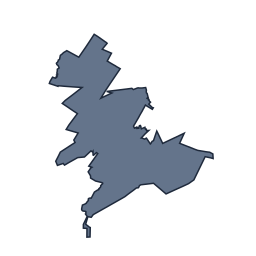 Cerritos, San Luis Potosí, Mexico (Equal Earth projection), rotated 258°
{"feature_id": "50627088B46085416470033", "entity_name": "Cerritos", "entity_type": "district", "adm_level": 2, "iso_a3": "MEX", "parent_name": "Mexico", "parent_adm1": "San Luis Potosí", "projection": "equal_earth", "projection_center": [-100.272, 22.419], "detail": "fine", "context": "isolated", "style": "filled", "palette": "slate", "viewbox_px": 256, "rotation_deg": 258, "n_neighbors": 0, "source": "geoboundaries", "source_scale": "gbopen_adm2", "svg_char_len": 4265}
<svg xmlns="http://www.w3.org/2000/svg" viewBox="0 0 256 256"><g transform="rotate(258 128 128)"><path d="M217.8,123.0L218.3,122.5L220.9,120.1L224.1,117.1L226.7,114.4L220.8,108.5L215.9,103.5L207.5,94.6L214.8,86.1L216.4,84.2L215.9,82.9L215.1,80.5L214.2,79.2L213.1,76.9L209.6,75.4L209.2,74.9L208.9,73.9L208.2,73.7L207.0,72.7L206.5,71.7L206.2,71.4L204.8,71.6L203.6,72.6L201.3,73.1L200.8,72.8L200.3,71.2L199.4,70.8L198.5,70.8L197.7,70.3L196.3,69.8L195.4,70.4L195.2,70.0L194.7,69.1L193.7,69.7L193.3,69.0L192.9,69.1L192.8,68.9L192.7,68.3L192.3,68.5L191.8,67.4L192.7,65.9L193.4,64.8L192.5,63.9L191.6,63.1L190.2,61.8L189.6,61.3L187.9,60.3L185.7,64.1L183.3,68.2L183.8,68.5L183.5,69.7L183.0,71.4L182.1,74.3L179.6,82.9L177.2,91.5L172.0,80.8L168.0,72.3L165.7,68.8L161.1,73.3L157.6,76.6L152.6,81.5L143.3,70.9L139.4,67.2L133.5,78.2L127.5,72.5L124.8,73.2L124.1,71.4L123.5,69.7L118.5,56.8L114.8,53.9L110.5,50.4L106.1,51.2L106.8,57.2L104.9,58.2L106.8,63.9L109.5,72.6L108.9,77.6L108.7,79.4L113.3,87.0L112.0,88.2L112.6,88.9L108.8,88.2L108.5,88.6L109.2,89.8L110.5,92.0L109.3,93.1L98.8,81.7L97.1,84.5L96.7,83.5L96.4,83.0L93.4,79.9L89.0,81.4L86.8,81.0L82.9,85.2L79.9,91.4L79.6,91.5L79.4,91.7L79.3,91.8L79.1,91.7L78.8,91.5L78.6,91.4L78.5,91.2L78.4,91.0L78.3,90.8L78.3,90.5L78.2,90.4L78.0,90.2L77.9,90.1L77.7,90.0L77.6,89.8L77.5,89.7L77.4,89.4L77.1,89.2L76.8,89.2L76.3,89.1L76.1,89.0L75.9,88.8L75.8,88.7L75.7,88.6L75.6,88.3L75.4,88.0L75.0,87.6L74.9,87.5L74.9,87.2L74.7,86.9L74.5,86.7L74.4,86.6L74.2,86.5L73.8,86.6L73.7,86.4L73.8,86.2L73.8,85.9L73.7,85.7L73.6,85.4L73.6,85.1L72.3,81.8L68.5,78.7L67.0,77.4L67.1,77.1L67.3,76.8L67.3,76.7L67.3,76.4L67.3,76.2L67.4,75.8L67.4,75.7L67.3,75.2L67.2,75.0L67.1,74.8L67.1,74.7L66.9,74.5L66.8,74.4L66.7,74.4L66.4,74.3L66.2,74.3L65.9,74.3L65.7,74.2L65.4,74.2L65.2,74.1L65.1,73.9L65.0,73.7L64.9,73.5L64.8,73.3L64.3,72.7L63.9,72.3L63.8,72.2L63.7,72.1L63.6,71.9L63.3,71.7L63.1,71.6L62.8,70.7L62.5,69.8L62.1,67.4L58.7,65.9L57.8,65.7L56.8,66.0L56.1,66.8L55.5,68.7L55.3,68.9L55.0,69.4L52.5,68.9L52.5,68.6L50.0,69.7L43.0,64.3L39.3,63.5L38.3,67.0L29.8,65.1L29.3,68.2L38.5,70.4L38.8,69.8L42.7,66.6L49.6,70.3L48.3,73.5L50.5,76.0L60.1,106.4L61.4,110.4L61.6,110.9L63.2,114.2L66.1,120.6L67.6,123.7L67.4,125.7L67.5,125.9L69.1,127.1L69.3,127.4L69.8,128.6L68.7,140.4L68.6,141.5L60.7,147.6L55.6,151.5L56.2,154.2L57.7,160.9L59.7,170.1L61.0,175.7L63.1,180.6L63.5,181.6L83.9,197.5L81.5,202.9L80.4,204.9L85.0,205.6L87.3,202.9L88.3,200.0L91.6,191.6L93.3,188.9L102.3,175.3L111.2,181.9L105.7,158.7L106.7,158.5L116.7,156.1L119.0,155.5L111.0,150.7L110.4,150.4L110.3,150.2L110.2,149.9L110.1,149.5L109.9,148.8L109.2,148.1L108.0,147.0L108.0,146.8L107.8,146.5L114.3,143.9L114.3,143.7L114.2,143.6L114.1,143.3L114.1,143.2L114.0,142.9L114.0,142.7L113.9,142.4L113.7,142.2L113.7,141.9L114.0,141.4L114.4,140.9L114.6,140.5L114.7,140.3L114.9,140.1L115.1,139.7L115.2,139.4L115.4,139.2L115.5,138.9L118.8,143.7L121.3,147.9L121.6,145.6L123.0,145.7L123.1,145.0L123.5,145.0L123.6,144.7L125.2,144.7L124.8,142.8L124.4,140.9L125.0,140.8L125.9,140.8L127.0,140.9L127.9,140.6L127.9,139.7L127.2,139.6L127.1,140.1L126.9,140.0L127.0,139.8L126.2,137.4L125.6,137.9L125.8,135.9L125.7,135.8L127.0,136.4L126.5,134.3L126.8,134.2L128.6,133.8L129.5,134.5L130.3,135.3L134.5,139.1L136.7,141.1L136.9,141.2L139.4,143.4L140.7,144.6L141.6,145.4L142.2,145.9L142.4,146.1L142.7,146.3L143.0,146.5L144.5,147.9L145.0,148.3L146.8,149.8L145.8,150.8L145.0,151.6L144.2,152.5L142.6,154.2L141.2,155.7L142.5,156.9L142.9,156.1L143.9,155.4L145.0,154.7L146.0,154.0L147.0,153.3L147.6,154.0L148.6,155.4L149.5,154.8L149.8,154.6L150.2,154.5L150.6,154.4L151.1,154.4L151.2,154.1L151.6,154.4L152.0,154.1L152.7,153.2L153.1,152.8L153.5,153.3L153.3,153.5L153.2,153.7L153.4,153.9L153.4,154.1L154.4,154.0L155.0,154.0L157.8,153.9L158.0,153.8L158.2,153.5L158.5,153.3L160.3,153.5L160.6,153.6L161.1,153.9L163.9,153.7L164.2,150.0L164.8,147.3L165.1,146.6L165.2,145.3L165.1,145.1L164.5,141.2L166.0,140.0L166.4,134.9L168.2,114.7L165.6,119.5L162.8,107.7L169.5,114.0L175.1,119.7L179.7,124.5L180.0,124.8L187.6,132.7L188.8,131.4L190.1,129.9L191.0,129.0L191.7,128.3L192.9,126.9L194.1,125.6L195.1,124.5L196.8,122.7L197.8,121.6L204.6,127.4L210.4,119.2L215.2,125.2L216.0,124.7L217.5,123.2L217.8,123.0Z" fill="#64748b" stroke="#1e293b" stroke-width="1.5"/></g></svg>